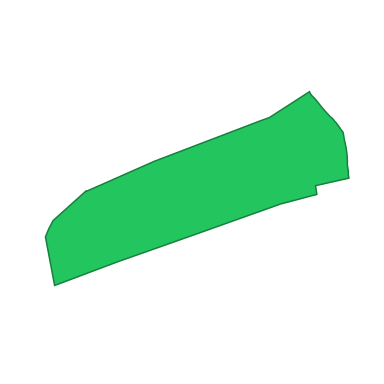 Sidi Barani, Matruh, Egypt (Mercator projection), rotated 68°
{"feature_id": "37247803B34514127980105", "entity_name": "Sidi Barani", "entity_type": "district", "adm_level": 2, "iso_a3": "EGY", "parent_name": "Egypt", "parent_adm1": "Matruh", "projection": "mercator", "projection_center": [25.953, 30.453], "detail": "fine", "context": "isolated", "style": "filled", "palette": "green", "viewbox_px": 384, "rotation_deg": 68, "n_neighbors": 0, "source": "geoboundaries", "source_scale": "gbopen_adm2", "svg_char_len": 1204}
<svg xmlns="http://www.w3.org/2000/svg" viewBox="0 0 384 384"><g transform="rotate(68 192 192)"><path d="M237.9,41.3L234.8,40.6L233.3,40.1L232.6,39.8L231.9,39.5L231.7,39.5L230.7,39.0L229.9,38.9L229.1,38.8L228.4,38.6L227.4,38.4L227.1,38.3L226.4,38.1L226.2,38.1L224.4,37.6L223.5,37.1L222.7,36.8L221.4,36.2L221.1,36.1L219.5,35.7L218.3,35.2L217.3,34.8L216.9,34.7L216.4,34.6L215.4,34.3L214.9,34.2L214.5,34.0L213.7,33.8L212.6,33.5L212.3,33.4L212.2,33.4L210.8,33.1L209.7,32.8L209.1,32.6L208.6,32.5L208.2,32.4L207.8,32.4L207.5,32.4L207.2,32.3L206.8,32.3L206.7,32.3L206.5,32.2L206.1,32.1L205.0,31.8L204.5,31.7L204.2,31.7L203.4,31.6L202.6,31.5L201.2,31.3L200.0,31.0L198.6,30.7L197.2,30.4L195.7,30.0L194.8,29.9L193.4,29.6L192.4,29.7L190.2,30.5L188.3,30.8L185.6,31.4L183.7,32.0L181.8,32.4L180.8,32.9L177.3,33.9L175.6,34.6L174.6,35.3L171.7,36.5L166.3,38.5L162.8,39.7L159.7,40.6L157.6,41.2L154.6,42.1L151.8,43.0L150.3,43.6L148.9,44.2L147.5,44.8L145.9,45.2L145.0,45.4L143.0,45.5L152.0,92.6L151.6,101.5L149.4,215.3L151.8,289.6L151.3,289.8L166.4,331.4L172.3,338.4L178.7,344.7L227.2,354.4L228.8,287.6L232.0,217.1L236.3,114.4L241.0,77.1L232.4,75.1L237.9,41.3Z" fill="#22c55e" stroke="#15803d" stroke-width="1.5"/></g></svg>